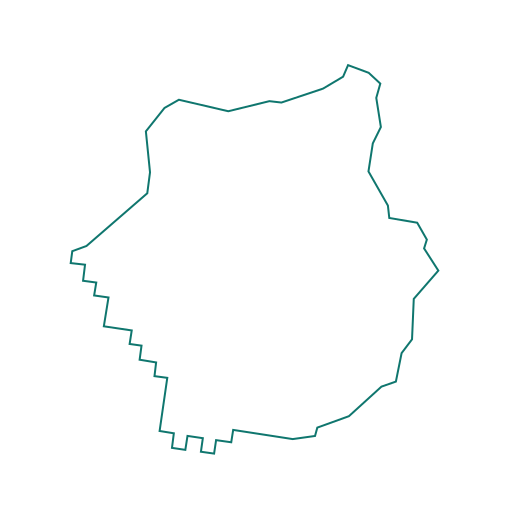 outline of Pierce, Georgia, United States of America, rotated 278°
{"feature_id": "52423323B19551708928957", "entity_name": "Pierce", "entity_type": "district", "adm_level": 2, "iso_a3": "USA", "parent_name": "United States of America", "parent_adm1": "Georgia", "projection": "orthographic", "projection_center": [-82.235, 31.366], "detail": "fine", "context": "isolated", "style": "outline", "palette": "teal", "viewbox_px": 512, "rotation_deg": 278, "n_neighbors": 0, "source": "geoboundaries", "source_scale": "gbopen_adm2", "svg_char_len": 867}
<svg xmlns="http://www.w3.org/2000/svg" viewBox="0 0 512 512"><g transform="rotate(278 256 256)"><path d="M180.1,413.7L195.2,422.1L235.5,418.2L266.9,438.6L286.9,421.4L296.0,422.9L311.4,411.0L312.2,382.7L324.3,379.6L355.4,355.6L383.8,356.0L401.1,361.7L429.3,353.1L444.0,355.1L453.1,342.1L457.8,320.6L445.7,317.3L431.1,299.1L411.5,259.8L411.2,247.7L395.5,208.4L400.0,157.9L389.9,144.8L364.1,129.6L324.1,139.4L303.0,139.6L242.3,86.7L235.2,73.4L223.2,73.5L223.6,87.9L207.4,88.2L207.5,101.5L194.4,101.2L194.4,115.7L165.2,115.1L165.0,143.3L151.3,143.1L151.3,155.1L137.1,155.2L136.7,171.9L122.9,172.2L123.0,185.1L69.3,184.9L69.0,199.3L54.3,199.5L54.2,213.0L68.3,213.2L68.2,228.7L54.5,228.7L54.5,242.0L68.1,242.1L68.1,257.4L80.6,257.6L79.8,317.8L86.0,339.5L94.6,340.6L110.3,370.3L144.1,398.4L151.1,412.0L180.1,413.7Z" fill="none" stroke="#0f766e" stroke-width="2"/></g></svg>